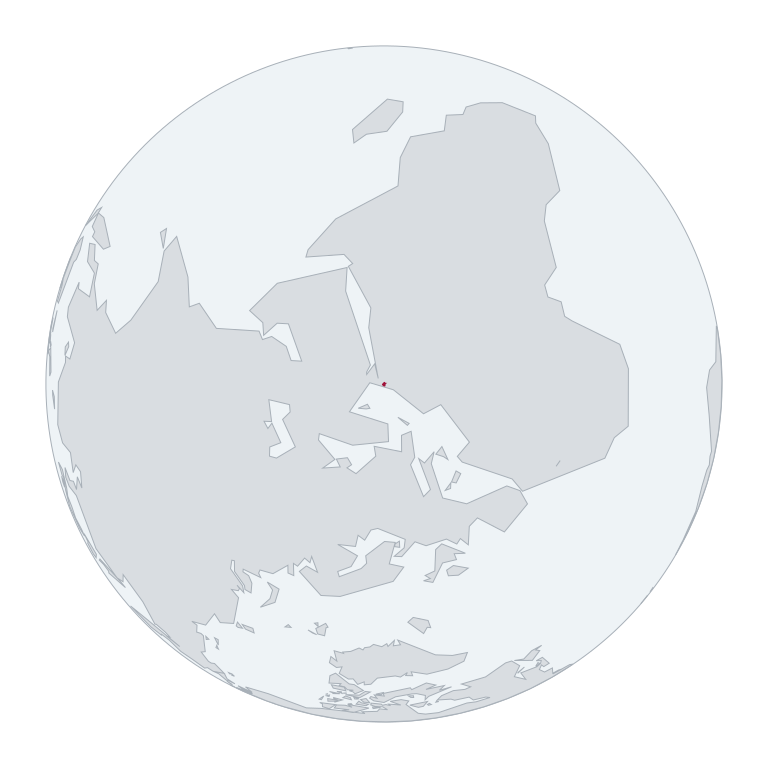 Al Minufiyah on an orthographic globe, rotated 198°
{"feature_id": "EGY-1532", "entity_name": "Al Minufiyah", "entity_type": "Governorate", "adm_level": 1, "iso_a3": "EGY", "parent_name": "Egypt", "parent_adm1": "", "projection": "orthographic", "projection_center": [31.025, 30.446], "detail": "fine", "context": "on_globe", "style": "filled", "palette": "rose", "viewbox_px": 768, "rotation_deg": 198, "n_neighbors": 0, "source": "natural_earth", "source_scale": "10m", "svg_char_len": 10856}
<svg xmlns="http://www.w3.org/2000/svg" viewBox="0 0 768 768"><g transform="rotate(198 384 384)"><circle cx="384" cy="384" r="338" fill="#eef3f6" stroke="#a8b0b8"/><path d="M349.9,47.8L378.7,46.2L389.4,46.1L391.7,46.2L388.7,46.3L398.0,46.4L423.5,48.4L423.6,48.5L430.9,49.5L429.6,49.8L414.5,48.6L413.4,49.0L424.1,50.2L429.6,51.9L414.1,50.0L422.1,53.1L398.3,53.7L357.7,52.0L343.8,56.0L300.3,64.7L303.6,65.5L289.2,70.6L287.7,73.7L280.0,75.3L285.4,76.6L292.7,74.6L297.5,74.7L297.3,76.6L287.5,78.7L286.2,78.0L283.2,79.7L278.4,80.1L280.6,81.0L268.8,83.9L280.0,84.1L270.2,89.1L262.5,90.2L264.0,86.0L249.8,81.4L242.5,82.9L230.6,88.3L206.6,106.2L198.2,110.2L186.3,118.6L190.5,117.7L201.4,111.1L206.3,112.5L219.1,105.1L222.9,105.0L235.7,99.9L232.9,105.4L223.3,113.8L212.6,118.6L208.0,122.8L217.6,122.6L196.9,136.8L182.2,156.3L177.0,160.0L167.9,158.0L169.6,145.9L157.9,146.9L164.6,151.5L151.3,162.3L148.8,166.6L149.0,169.6L153.7,167.8L148.9,173.0L140.6,169.5L144.7,164.6L147.4,165.5L148.0,160.4L142.3,159.7L136.1,166.0L134.1,161.1L129.6,165.9L126.6,168.0L133.9,160.4L120.7,174.5L117.7,176.0L133.6,157.1L150.9,139.3L169.5,122.9L189.2,107.9L209.9,94.4L231.6,82.4L254.1,72.0L277.4,63.4L301.1,56.4L325.4,51.2L349.9,47.8ZM53.9,311.6L52.4,321.3L51.8,323.6L48.1,359.1L50.0,385.4L50.4,401.9L49.6,407.5L51.6,416.0L51.7,421.2L64.9,454.3L76.1,480.4L78.7,497.9L75.3,507.7L85.9,542.0L84.2,539.9L73.0,516.2L63.8,491.9L56.4,466.8L51.0,441.3L47.5,415.4L46.1,389.4L46.7,363.3L49.3,337.3L53.9,311.6ZM432.1,49.7L434.4,49.9L437.2,50.5L432.1,49.7ZM236.4,97.4L236.0,98.7L233.8,98.9L236.4,97.4ZM242.2,94.3L239.9,93.8L242.4,92.2L243.7,92.6L242.2,94.3ZM437.9,51.6L441.7,52.9L435.2,51.3L437.9,51.6ZM244.5,95.5L247.0,89.6L251.4,87.1L260.2,86.6L244.5,95.5ZM442.3,53.5L451.8,57.4L457.7,58.0L446.5,59.4L442.1,55.1L433.1,52.8L440.1,53.8L442.3,53.5ZM295.1,73.2L287.3,75.4L294.0,71.9L295.1,73.2ZM298.2,71.1L311.9,62.0L323.3,60.4L316.4,63.4L331.2,60.5L330.0,64.1L321.6,66.5L314.5,66.7L319.5,68.0L298.2,71.1ZM438.8,60.0L438.9,61.2L435.9,59.8L438.8,60.0ZM299.9,74.5L301.7,72.5L311.6,70.9L309.9,74.6L307.3,73.8L299.9,74.5ZM335.7,58.3L342.8,58.1L343.8,60.8L346.7,61.2L331.0,64.1L335.7,58.3ZM304.9,75.2L308.8,76.6L303.9,79.3L298.9,76.4L304.9,75.2ZM314.9,69.0L319.6,68.5L316.4,69.9L314.9,69.0ZM288.7,90.7L290.6,87.7L295.9,86.5L288.7,90.7ZM310.6,76.9L312.3,76.0L314.6,75.4L316.1,76.9L310.6,76.9ZM332.8,66.1L331.7,67.5L339.3,65.0L340.3,67.4L329.6,69.0L334.7,69.4L335.0,70.2L325.9,70.7L332.8,66.1ZM324.6,76.7L311.4,80.4L306.8,85.8L301.9,86.8L310.3,78.1L324.6,76.7ZM326.2,73.0L324.1,75.4L319.1,75.3L317.4,73.6L326.2,73.0ZM344.9,68.6L346.0,64.4L348.3,64.3L344.9,68.6ZM324.3,78.2L327.5,77.3L324.5,78.5L324.3,78.2ZM339.7,71.4L339.7,69.8L342.4,69.7L339.7,71.4ZM333.8,77.1L329.5,78.1L328.2,76.8L333.8,77.1ZM337.3,74.5L340.8,74.7L330.3,75.8L336.9,73.8L337.3,74.5ZM342.1,71.5L343.7,70.9L341.7,72.2L342.1,71.5ZM341.1,81.7L328.2,83.4L325.4,80.4L338.3,79.1L341.1,81.7ZM156.3,474.1L138.7,419.3L148.4,404.1L151.0,381.7L219.1,324.8L232.8,333.3L285.5,333.9L291.9,337.8L284.8,355.1L323.6,381.9L337.2,367.9L373.3,381.4L397.9,380.8L408.3,346.9L368.0,347.2L361.9,330.6L394.9,316.1L430.2,316.8L429.0,310.5L407.4,297.1L416.3,285.1L400.0,291.6L406.1,297.9L396.0,302.6L389.9,297.2L393.3,292.8L382.9,290.1L369.5,312.8L374.1,321.7L346.3,325.0L351.5,340.6L343.6,347.4L332.1,323.8L333.8,315.4L311.6,289.1L307.2,298.0L327.9,323.8L321.1,321.4L315.4,335.1L314.4,322.8L293.0,293.7L268.4,295.6L235.7,325.0L221.7,324.6L210.5,314.3L223.8,280.5L253.8,285.5L258.9,275.0L254.1,257.1L263.6,260.6L265.3,254.3L276.7,255.8L294.0,243.2L305.8,243.5L313.8,225.3L321.0,223.3L314.2,234.4L315.8,242.8L345.3,244.7L351.3,241.1L354.1,229.5L361.9,232.1L360.9,220.7L378.4,217.1L356.1,212.4L358.9,200.2L370.1,191.4L367.0,186.9L348.7,201.4L345.1,208.1L348.3,215.0L334.8,234.4L324.4,236.8L323.4,214.5L308.6,216.0L314.3,199.1L360.1,168.4L378.6,163.4L406.6,179.6L401.6,186.9L389.0,184.4L399.5,197.6L399.2,191.2L405.7,193.9L409.9,184.0L414.7,185.4L410.6,173.9L416.9,174.6L419.4,181.9L431.0,169.3L444.5,168.8L444.8,165.4L441.4,161.8L460.7,164.4L460.1,161.8L453.5,159.9L448.1,153.7L445.9,144.2L452.7,145.6L454.4,149.2L468.2,159.5L471.7,169.7L474.3,169.4L472.9,160.9L456.1,148.3L452.8,142.2L461.6,147.2L458.2,144.9L458.7,142.4L465.6,141.5L456.3,135.8L453.0,109.8L466.0,106.5L474.2,113.1L479.1,99.6L493.4,98.9L487.3,96.8L485.5,90.2L481.0,90.2L478.0,88.8L471.3,74.2L475.0,72.6L465.3,66.0L462.1,65.2L458.8,65.8L446.5,59.4L457.7,58.0L464.2,59.7L466.8,58.4L481.3,63.0L494.6,66.9L509.0,74.0L518.2,77.2L518.1,76.4L530.6,81.0L556.5,94.6L535.9,86.6L497.1,71.2L513.0,77.2L509.5,77.2L515.2,80.4L526.4,85.1L527.6,84.8L546.1,102.4L573.2,122.1L571.1,115.3L578.0,117.2L607.0,138.4L642.1,182.8L651.7,189.4L657.8,196.9L661.6,206.0L652.9,195.2L649.3,195.5L643.8,188.6L647.0,201.0L639.2,191.7L645.5,206.8L652.1,211.9L652.2,203.7L661.0,221.9L671.5,228.7L681.7,244.5L694.3,285.3L693.6,306.1L695.5,312.2L690.5,310.7L691.0,327.6L705.9,350.1L707.9,359.5L705.4,386.7L704.1,380.2L691.0,375.9L693.7,400.0L703.8,408.8L707.4,426.9L701.9,427.4L697.6,412.0L692.9,409.9L690.5,389.8L679.6,365.4L673.8,377.8L670.8,366.0L654.9,349.3L644.5,366.5L630.4,411.6L634.2,442.5L626.8,460.3L603.5,425.1L593.0,397.2L584.6,403.7L560.6,385.1L519.2,395.7L513.3,388.7L505.5,394.5L488.6,389.6L479.6,377.6L469.3,380.3L493.5,411.7L504.4,408.8L513.5,393.1L518.2,404.9L534.5,412.3L516.6,446.8L455.1,483.4L449.2,460.5L402.8,397.8L404.2,390.1L404.0,389.2L403.4,387.7L399.1,400.3L391.2,387.5L415.9,432.8L420.0,452.3L454.3,484.9L451.0,488.9L462.1,494.9L497.5,480.6L497.7,488.3L480.9,526.1L431.9,576.7L438.5,604.4L435.1,627.3L404.9,643.4L407.8,658.9L392.2,664.7L391.5,672.8L379.1,681.2L358.4,688.1L322.8,685.8L320.3,679.0L302.0,663.3L276.6,622.3L285.2,604.6L281.9,588.6L256.2,548.1L261.8,527.8L255.0,517.4L240.9,516.9L233.1,504.2L224.6,502.1L172.0,494.6L156.3,474.1ZM194.9,358.9L192.9,365.4L192.8,365.5L194.9,358.9ZM467.5,335.2L488.7,333.5L479.3,313.5L486.6,311.5L480.7,305.8L478.5,312.1L464.0,296.3L473.2,288.8L470.6,280.0L463.4,280.3L448.9,296.8L469.5,319.0L464.6,328.4L467.5,335.2ZM52.4,321.7L51.5,327.1L51.8,324.2L52.4,321.7ZM66.8,268.5L65.2,274.1L65.8,271.0L66.8,268.5ZM71.9,254.4L68.0,264.7L68.7,262.5L71.9,254.4ZM151.9,162.4L152.4,162.9L151.5,166.6L149.7,166.5L151.9,162.4ZM161.1,176.0L153.3,184.2L157.6,177.9L153.5,178.6L157.5,167.0L174.6,161.3L166.1,165.6L161.1,176.0ZM167.5,151.0L163.0,158.2L167.2,150.6L167.5,151.0ZM263.5,221.5L266.9,226.3L261.9,232.8L247.0,234.9L254.1,225.2L263.5,221.5ZM273.0,231.9L276.2,210.4L285.6,209.1L279.8,213.3L285.7,214.6L277.9,221.9L283.7,242.5L279.7,249.8L254.3,248.2L264.8,244.3L260.8,239.4L273.0,231.9ZM267.7,166.0L269.2,158.9L287.7,164.8L284.1,171.0L269.0,172.7L264.3,166.7L267.7,166.0ZM259.6,96.6L258.9,95.0L261.7,94.2L264.4,94.9L259.6,96.6ZM289.2,89.4L265.1,103.2L263.2,101.9L251.4,112.7L241.7,113.7L249.7,106.5L233.4,115.9L236.7,109.8L226.2,116.9L245.0,100.7L247.3,96.3L248.4,100.6L257.2,99.6L261.7,97.9L276.3,90.1L285.6,81.1L295.8,79.5L300.6,80.8L299.9,82.7L293.5,82.9L297.2,85.3L287.3,87.3L289.2,89.4ZM350.3,108.4L343.2,105.9L349.0,114.9L339.2,115.3L340.4,116.3L333.0,119.4L326.1,125.2L321.8,124.6L321.0,127.2L316.1,129.6L313.5,133.1L304.9,133.5L301.1,137.9L299.1,135.6L294.9,143.4L294.2,137.9L287.7,141.1L291.8,144.7L251.4,142.3L235.0,147.0L221.7,154.4L222.3,145.1L235.1,132.7L253.5,121.3L269.2,118.7L266.6,115.4L273.3,113.4L272.6,116.8L277.8,110.4L283.1,109.8L299.5,102.2L303.7,94.4L309.8,91.8L310.8,94.6L316.2,90.2L322.2,94.0L326.7,92.4L337.2,94.9L336.5,102.0L341.6,99.7L349.8,102.1L350.3,108.4ZM343.9,82.6L345.3,89.9L340.7,94.0L324.4,88.0L319.5,88.9L308.9,86.1L315.9,80.4L318.3,81.6L322.2,81.6L318.5,83.3L324.4,81.9L327.9,83.8L333.5,83.3L332.4,85.7L343.9,82.6ZM299.9,331.9L304.9,333.3L313.0,333.3L309.6,342.4L299.9,331.9ZM284.8,312.2L289.5,311.7L288.6,323.6L283.3,322.5L284.8,312.2ZM292.9,301.7L289.9,310.7L288.4,305.2L292.9,301.7ZM318.6,233.5L323.7,232.6L324.0,235.4L320.8,239.3L318.6,233.5ZM365.5,138.3L362.1,135.4L363.8,134.2L362.7,126.2L369.8,125.8L373.3,130.4L365.5,138.3ZM401.0,353.0L393.5,359.6L389.9,356.5L393.2,354.8L401.0,353.0ZM349.0,351.9L360.5,356.6L347.9,354.3L349.0,351.9ZM373.1,136.5L371.8,133.1L376.2,135.0L373.1,136.5ZM375.0,125.1L380.3,126.6L370.6,124.8L375.0,125.1ZM521.2,691.9L522.3,692.0L517.5,693.9L521.2,691.9ZM492.6,616.3L468.8,656.0L453.0,658.3L450.3,648.5L459.3,625.3L477.9,616.1L487.1,603.9L492.6,616.3ZM716.9,442.1L710.6,460.8L707.1,464.6L708.7,457.9L714.4,447.1L716.9,442.1ZM708.4,458.4L701.9,455.7L687.0,430.2L692.5,425.5L706.8,434.1L706.1,439.4L710.1,443.6L708.4,458.4ZM720.8,404.9L719.9,418.9L717.2,428.3L715.5,431.0L714.4,417.7L715.1,407.5L716.8,403.9L718.7,360.4L720.2,362.0L720.7,378.6L721.7,385.5L720.8,404.9ZM635.8,444.7L643.5,459.1L638.9,464.7L635.8,444.7ZM716.1,334.6L717.6,353.0L715.2,331.0L716.1,334.6ZM712.7,315.9L714.3,321.7L712.6,318.2L712.7,315.9ZM698.6,320.8L697.0,326.3L695.4,322.1L696.3,312.6L698.6,320.8ZM689.5,258.3L695.5,270.7L697.4,275.8L693.7,270.1L689.5,258.3ZM432.6,133.5L426.1,144.6L426.3,153.6L433.8,159.6L420.4,156.5L420.2,142.6L432.6,133.5ZM449.8,112.3L443.1,108.0L447.7,107.4L449.8,108.3L449.8,112.3ZM444.5,111.5L433.2,111.1L430.6,107.1L440.0,108.1L444.5,111.5ZM403.1,122.4L400.7,125.6L397.2,123.8L403.1,122.4ZM721.1,408.2L721.3,405.0L721.8,386.8L721.8,377.8L721.8,374.9L721.9,380.6L721.9,385.3L721.9,388.8L721.1,408.2ZM719.1,340.6L718.4,336.6L719.2,344.9L716.1,321.7L717.0,326.7L719.1,340.6ZM716.1,323.3L717.0,330.9L715.0,318.3L716.1,323.3ZM716.3,328.3L714.6,321.5L714.8,319.4L716.3,328.3ZM715.9,321.6L713.0,308.5L714.5,314.2L715.9,321.6ZM710.2,306.6L713.4,311.9L712.1,315.4L704.4,292.4L704.4,288.2L710.2,306.6ZM662.1,196.7L657.9,191.6L655.8,187.1L659.3,191.8L662.1,196.7ZM644.9,170.2L653.8,184.4L660.3,197.0L661.7,197.4L669.5,209.2L663.4,203.2L653.7,187.1L650.1,179.5L642.8,170.6L635.9,161.3L626.9,152.5L621.7,146.8L628.8,152.7L644.9,170.2ZM623.1,149.1L605.0,133.2L604.1,129.9L607.9,132.6L616.6,141.1L616.6,142.3L623.1,149.1ZM600.4,128.6L600.1,129.8L573.0,114.3L567.0,110.5L587.2,119.2L588.1,121.0L594.9,125.8L600.4,128.6ZM442.5,61.5L439.2,61.2L441.2,60.6L442.5,61.5ZM475.5,89.0L471.7,87.1L474.1,86.1L475.5,89.0ZM462.4,81.4L462.3,83.8L459.5,80.7L462.4,81.4ZM462.7,89.6L460.9,84.5L466.7,90.3L462.7,89.6Z" fill="#d9dde1" stroke="#a8b0b8" stroke-width="1"/><path d="M384.0,385.4L383.9,385.4L383.7,385.2L383.6,384.9L383.5,384.7L383.4,384.6L383.1,384.7L383.3,384.4L383.2,384.4L383.1,384.2L383.1,383.9L383.0,383.7L383.1,383.4L383.0,383.2L382.9,383.1L382.8,382.9L382.8,382.6L383.0,382.5L383.3,382.5L383.4,382.4L383.5,382.4L383.7,382.5L383.8,382.6L384.0,382.6L384.3,382.8L384.6,382.8L384.8,382.9L384.8,383.0L385.0,383.2L385.1,383.3L385.0,383.5L384.9,383.7L384.8,383.8L384.7,383.9L384.6,384.0L384.5,384.3L384.5,384.2L384.4,384.2L384.4,384.3L384.2,384.4L384.2,384.5L384.3,384.6L384.4,385.0L384.4,385.3L384.5,385.4L384.6,385.5L384.3,385.4L384.2,385.3L384.0,385.4Z" fill="#f43f5e" stroke="#9f1239" stroke-width="1.5"/></g></svg>